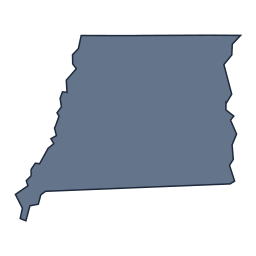 outline of East Feliciana, Louisiana, United States of America
{"feature_id": "52423323B7824405482289", "entity_name": "East Feliciana", "entity_type": "district", "adm_level": 2, "iso_a3": "USA", "parent_name": "United States of America", "parent_adm1": "Louisiana", "projection": "mercator", "projection_center": [-91.101, 30.825], "detail": "fine", "context": "isolated", "style": "filled", "palette": "slate", "viewbox_px": 256, "rotation_deg": 0, "n_neighbors": 0, "source": "geoboundaries", "source_scale": "gbopen_adm2", "svg_char_len": 750}
<svg xmlns="http://www.w3.org/2000/svg" viewBox="0 0 256 256"><path d="M81.2,35.5L78.4,48.6L72.5,54.7L72.7,63.9L76.3,68.7L66.3,80.2L67.0,92.4L62.5,91.8L60.1,98.3L61.4,106.9L57.0,112.8L59.0,116.2L55.4,126.3L54.5,128.0L56.4,135.6L50.9,138.7L53.8,143.7L48.1,148.3L39.6,163.7L35.3,163.2L31.1,169.4L31.1,175.8L26.3,180.6L27.9,185.8L15.4,194.4L22.4,208.2L20.2,218.5L25.9,220.8L29.9,205.8L38.3,204.2L40.8,194.8L45.5,191.3L137.0,187.6L230.1,183.9L234.6,181.1L229.5,165.3L233.3,159.4L232.1,144.9L236.6,134.1L230.5,120.1L233.8,116.1L225.9,109.9L226.0,102.3L226.5,102.8L231.7,94.2L223.9,64.6L231.8,54.9L232.3,44.2L240.6,35.4L209.3,35.2L142.2,35.5L133.9,35.6L130.3,35.6L124.6,35.6L112.1,35.6L81.2,35.5Z" fill="#64748b" stroke="#1e293b" stroke-width="1.5"/></svg>